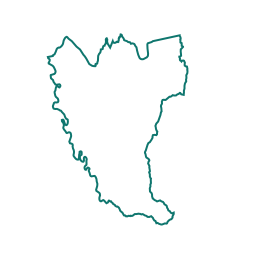 the district of Paquisha, Zamora Chinchipe, Ecuador, rotated 349°
{"feature_id": "8360857B20282725655414", "entity_name": "Paquisha", "entity_type": "district", "adm_level": 2, "iso_a3": "ECU", "parent_name": "Ecuador", "parent_adm1": "Zamora Chinchipe", "projection": "equal_earth", "projection_center": [-78.572, -3.961], "detail": "fine", "context": "isolated", "style": "outline", "palette": "teal", "viewbox_px": 256, "rotation_deg": 349, "n_neighbors": 0, "source": "geoboundaries", "source_scale": "gbopen_adm2", "svg_char_len": 5721}
<svg xmlns="http://www.w3.org/2000/svg" viewBox="0 0 256 256"><g transform="rotate(349 128 128)"><path d="M76.6,152.2L77.5,152.6L78.0,152.4L78.5,151.7L78.9,149.4L79.2,148.6L79.8,148.1L80.5,148.2L81.2,149.0L81.5,150.1L81.5,150.9L80.9,152.4L80.4,155.6L80.0,156.4L79.1,156.8L78.2,157.6L77.7,158.8L77.8,160.1L78.1,160.7L78.7,161.0L80.7,159.2L81.1,159.2L81.9,159.7L82.4,160.4L82.4,160.9L81.4,162.2L81.3,162.6L81.7,164.7L81.9,167.4L82.2,168.0L82.9,168.5L85.8,168.6L86.2,168.8L86.5,169.1L87.0,170.3L87.3,172.1L87.1,174.4L87.3,177.0L86.7,179.1L84.9,182.6L85.0,183.7L87.0,185.7L87.6,186.5L87.8,187.2L87.7,188.8L86.7,190.7L86.4,191.9L86.3,192.9L86.5,193.9L87.0,194.6L87.6,194.8L89.9,194.0L90.3,194.3L90.8,194.8L92.5,197.7L94.0,197.3L95.1,195.8L95.4,195.6L95.8,195.8L96.3,196.5L97.4,196.8L97.5,197.6L98.5,198.5L98.9,199.7L100.4,201.0L100.7,202.0L101.8,203.0L102.7,203.1L103.8,204.4L104.4,206.4L104.5,207.6L105.8,209.5L106.3,209.8L107.3,212.9L107.6,213.2L108.4,213.2L109.3,214.4L109.9,214.3L110.5,214.6L112.0,214.3L113.4,214.9L113.9,214.6L115.0,215.1L116.3,214.8L118.1,213.8L120.0,214.1L122.0,214.1L122.5,214.4L123.3,214.5L124.7,215.4L125.8,215.3L126.5,215.7L127.8,217.0L129.5,217.9L129.9,218.7L130.3,219.0L131.9,219.4L133.9,219.0L135.3,221.0L135.6,222.4L136.2,223.8L137.2,224.5L137.7,226.9L138.9,226.8L140.2,228.0L142.2,229.1L143.2,229.2L146.0,228.7L147.7,229.2L148.2,228.9L149.0,227.6L150.7,226.4L152.3,225.8L153.2,225.8L154.6,224.5L154.8,223.3L156.5,221.1L156.7,219.8L155.1,220.2L154.3,219.8L153.6,218.9L153.3,217.8L151.9,216.6L151.7,215.1L151.2,213.8L151.1,211.8L150.7,211.2L149.2,209.8L148.9,208.5L148.2,207.2L146.8,206.4L145.7,205.2L142.5,205.6L141.4,204.5L140.5,203.9L139.4,202.6L139.1,201.9L138.8,201.8L138.6,199.8L138.9,198.0L138.8,196.6L137.5,194.6L137.5,194.3L137.9,191.3L138.9,189.6L139.1,187.9L140.0,186.5L140.5,183.0L140.9,182.1L140.5,181.4L140.2,179.8L140.6,177.7L140.3,175.4L141.1,174.9L141.3,174.5L141.4,170.6L141.8,169.4L141.0,166.7L141.8,164.9L142.6,164.2L142.8,163.7L142.3,162.3L140.4,160.4L140.2,159.5L140.2,156.9L139.9,155.6L140.2,154.7L141.2,153.4L144.0,148.2L145.2,146.6L146.7,146.1L148.8,144.0L150.2,142.3L150.4,141.2L151.0,139.9L151.2,139.7L152.8,139.8L154.5,140.4L155.3,139.6L155.4,138.9L156.1,137.0L155.6,136.2L155.3,134.2L155.4,132.4L155.3,131.2L156.6,129.1L158.8,127.4L162.3,121.5L163.4,118.8L164.1,118.2L164.5,115.0L164.5,112.9L164.9,111.9L166.0,110.6L166.3,108.5L167.3,107.1L168.6,107.1L169.8,107.6L170.6,107.5L174.7,105.2L175.5,105.4L176.5,105.2L178.2,104.3L179.4,104.9L181.4,105.2L182.8,104.4L184.3,104.2L185.6,103.4L186.0,103.6L186.7,105.1L189.0,106.1L189.8,103.4L189.9,102.3L191.0,100.0L191.5,97.4L192.3,95.4L193.2,94.1L193.5,94.0L194.1,93.2L194.1,91.9L194.9,90.0L195.3,87.3L196.7,85.5L197.3,83.3L197.2,82.2L197.6,81.5L197.6,79.0L197.5,78.8L196.6,78.6L195.6,77.6L195.7,76.5L196.3,74.7L195.8,72.7L195.4,72.4L194.3,72.2L193.9,72.2L193.2,72.9L192.7,71.9L192.3,71.8L192.0,71.3L192.0,70.6L192.3,69.7L191.9,68.1L192.0,67.7L192.8,67.8L193.9,67.2L194.1,65.7L194.3,63.1L194.8,60.9L197.5,58.9L197.5,58.6L196.4,57.6L196.8,55.4L196.8,54.8L196.0,54.4L195.8,54.1L196.1,52.1L196.4,51.4L196.2,50.9L196.8,50.1L196.8,48.9L196.3,47.5L196.4,46.9L169.0,47.5L168.2,47.9L167.1,48.2L163.7,48.6L163.3,49.0L162.9,49.8L162.3,53.8L161.9,58.9L161.3,61.0L160.0,62.2L156.4,63.3L155.8,63.3L154.8,63.2L153.6,62.6L152.9,61.8L152.6,60.9L152.0,58.0L151.7,53.7L151.7,50.4L151.0,49.2L150.3,46.9L149.9,46.5L148.8,45.9L148.0,45.7L147.0,45.9L146.2,44.1L144.7,43.8L143.5,42.5L141.2,41.2L140.9,40.8L140.9,39.7L140.5,38.6L139.8,37.3L139.6,35.5L138.8,34.7L138.6,34.7L138.3,35.5L138.9,36.2L138.0,36.8L137.1,36.9L136.5,37.4L136.3,37.8L136.7,37.9L135.9,38.8L135.8,39.9L135.3,40.3L135.0,41.5L134.9,41.7L134.6,41.8L133.3,41.2L132.1,41.9L130.6,41.8L129.7,40.7L129.6,39.8L125.8,45.7L124.1,41.2L124.0,38.9L124.5,37.4L124.5,37.0L124.2,35.9L123.6,36.1L123.1,36.9L122.9,38.8L122.2,41.0L121.2,41.7L120.8,42.7L119.5,42.9L118.7,44.1L118.3,45.4L118.1,45.7L116.3,45.7L116.0,46.9L115.2,48.6L113.7,49.8L112.5,51.5L111.3,56.3L110.6,57.4L110.2,58.6L109.8,59.0L108.8,58.9L108.4,59.0L108.1,59.6L108.2,60.7L107.6,61.1L105.5,60.5L104.4,59.9L102.2,57.8L100.3,51.9L99.2,49.3L98.2,47.6L95.9,41.8L93.0,38.3L89.4,32.0L86.7,29.0L85.7,27.2L85.2,26.8L84.9,26.8L83.8,27.3L83.0,28.0L81.6,29.8L80.4,32.6L79.8,33.6L78.4,34.9L76.9,35.8L76.0,36.0L75.3,35.8L74.1,36.1L73.1,36.9L71.6,39.4L69.9,41.7L68.4,42.2L67.8,42.6L67.8,43.0L62.9,43.0L63.0,44.3L64.1,45.6L64.2,46.2L63.8,47.3L62.5,48.9L62.5,49.6L65.8,52.4L66.6,53.6L67.2,55.6L67.7,57.8L67.7,58.6L67.6,59.1L66.8,60.4L65.9,60.9L62.3,61.3L62.1,61.7L61.9,64.4L62.1,64.8L63.6,66.7L63.7,68.4L65.1,71.5L66.1,71.9L68.9,72.0L69.5,72.5L69.7,73.5L69.4,74.3L68.5,75.1L68.2,75.0L66.6,73.4L65.8,73.6L65.4,73.9L64.8,74.9L63.9,77.3L62.9,78.4L62.7,79.4L62.8,82.5L63.2,83.7L64.7,85.7L64.9,87.1L64.8,88.2L64.6,88.7L64.0,89.3L62.7,89.3L61.2,88.9L60.0,89.4L59.7,90.1L58.6,91.9L58.4,92.4L58.4,93.5L58.7,94.7L59.3,95.1L60.4,95.5L61.9,95.7L63.7,96.9L64.5,97.8L65.2,98.0L65.7,98.6L66.0,99.4L68.0,102.6L68.4,105.3L69.0,107.0L70.1,107.9L70.4,108.3L70.2,110.4L69.5,112.3L68.5,113.3L67.8,113.4L66.9,112.5L66.3,108.0L65.8,107.4L64.9,107.4L64.6,107.5L64.5,108.9L65.4,110.6L65.6,111.6L65.5,113.4L64.6,115.1L64.5,116.0L65.0,117.4L65.9,119.1L66.7,121.1L67.1,121.3L69.2,120.9L70.0,121.2L70.7,122.1L70.8,122.9L70.7,124.9L70.4,125.7L67.8,130.2L68.1,131.9L69.8,132.7L70.5,133.5L70.4,134.9L70.1,135.5L70.1,137.6L70.5,139.2L70.5,140.8L70.2,142.1L69.5,143.8L69.3,144.5L69.4,145.4L70.4,147.4L71.1,148.5L72.1,149.3L73.2,149.5L73.8,148.8L74.2,147.9L75.0,144.8L75.6,143.6L75.9,142.2L76.2,142.0L77.2,141.9L77.6,142.2L77.9,142.8L77.5,144.9L77.3,145.4L75.7,146.2L75.3,146.9L75.0,148.5L75.3,150.5L75.9,151.4L76.6,152.2Z" fill="none" stroke="#0f766e" stroke-width="2"/></g></svg>